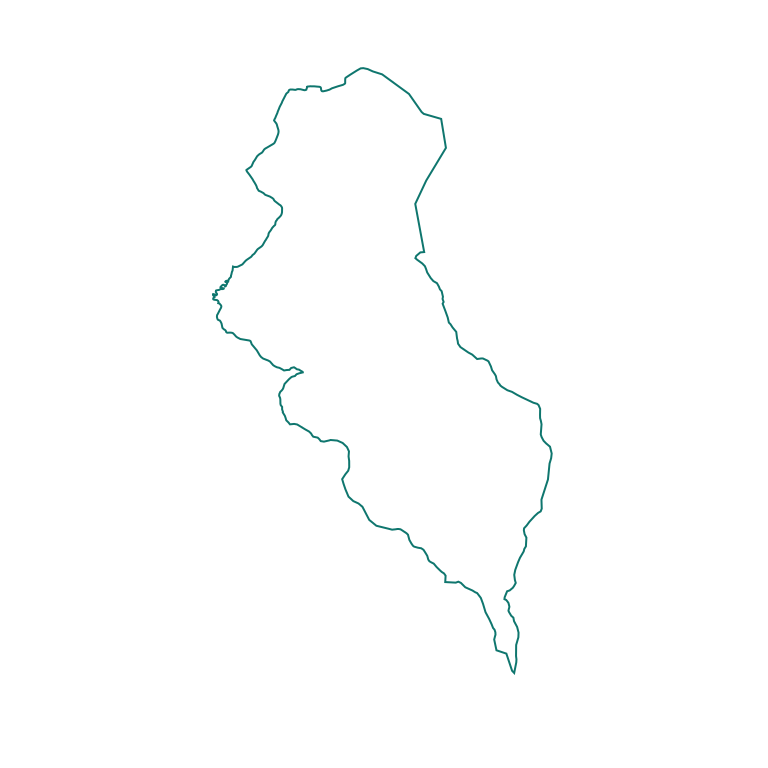 the district of Poienile Izei, Maramures, Romania, rotated 256°
{"feature_id": "2599482B51572516473215", "entity_name": "Poienile Izei", "entity_type": "district", "adm_level": 2, "iso_a3": "ROU", "parent_name": "Romania", "parent_adm1": "Maramures", "projection": "albers", "projection_center": [24.11, 47.7], "detail": "fine", "context": "isolated", "style": "outline", "palette": "teal", "viewbox_px": 768, "rotation_deg": 256, "n_neighbors": 0, "source": "geoboundaries", "source_scale": "gbopen_adm2", "svg_char_len": 6157}
<svg xmlns="http://www.w3.org/2000/svg" viewBox="0 0 768 768"><g transform="rotate(256 384 384)"><path d="M690.0,448.8L693.5,444.4L695.5,440.3L695.9,437.7L694.7,433.4L692.2,425.8L690.4,420.8L690.0,420.5L689.5,420.2L685.3,419.1L684.9,418.7L684.7,418.3L684.2,416.5L684.0,411.3L683.5,405.0L682.8,402.4L682.6,399.2L682.7,395.9L683.0,394.9L683.2,394.6L683.8,394.3L684.2,394.2L686.8,394.4L687.3,394.2L687.9,393.5L689.7,388.3L690.7,384.5L691.1,381.7L691.0,381.2L690.5,381.1L689.9,380.8L689.1,380.2L688.4,379.9L688.3,379.7L688.2,378.7L688.3,377.9L688.8,376.9L690.2,374.3L690.9,372.0L691.0,371.1L690.8,369.5L690.9,368.9L691.8,366.6L692.4,364.3L692.3,363.6L692.2,363.1L691.6,362.5L690.5,361.8L689.7,360.1L689.3,359.4L682.8,353.7L681.6,352.9L678.1,349.8L676.1,348.4L674.0,346.8L672.9,346.2L670.2,344.1L668.5,342.9L667.2,341.7L666.3,341.1L665.7,341.3L662.7,342.6L661.3,342.8L659.8,342.8L656.1,343.0L654.5,342.8L653.0,342.2L651.6,341.4L648.2,339.0L646.0,337.4L644.5,336.1L643.9,335.1L641.1,325.6L640.5,324.4L638.8,322.6L638.0,321.5L637.1,318.6L636.1,316.7L635.6,315.9L632.7,313.0L631.0,311.0L627.5,308.3L627.1,307.7L626.8,307.1L625.1,302.6L625.0,302.3L624.8,302.2L624.4,302.2L623.2,302.5L619.8,304.0L614.5,306.0L611.9,306.7L611.2,307.0L608.0,307.9L606.4,308.2L604.9,308.2L601.8,309.2L600.3,311.2L599.5,312.0L598.8,312.8L598.3,313.3L596.6,314.3L596.1,314.8L593.5,318.6L591.5,320.6L590.7,321.2L590.0,321.6L588.9,321.8L587.9,322.3L584.6,324.9L583.3,325.9L582.4,326.8L581.1,327.4L579.9,327.7L579.0,327.6L575.3,326.6L573.9,325.9L572.8,325.1L572.0,324.2L570.8,322.3L569.8,320.4L568.7,319.4L568.2,318.6L567.5,318.1L566.8,317.7L565.1,317.1L564.7,316.8L564.4,316.4L564.0,315.5L562.6,313.4L560.5,311.3L558.9,309.3L558.0,308.5L555.8,307.5L555.1,306.9L553.4,305.1L552.7,304.5L551.6,303.2L548.0,299.8L547.1,298.4L545.5,294.3L545.1,293.6L544.6,293.0L542.8,290.9L541.8,289.7L541.6,289.2L540.9,287.6L539.6,286.0L537.5,280.4L536.7,279.0L534.3,275.5L533.2,270.5L533.2,269.5L533.7,267.3L534.5,265.9L530.7,264.5L529.6,263.6L527.0,262.3L526.3,261.8L525.0,261.4L523.6,259.2L522.1,258.0L522.2,256.6L522.1,255.3L521.6,254.8L521.3,255.0L521.7,257.2L521.3,257.7L521.0,257.6L520.6,256.8L519.9,256.2L519.1,255.8L518.4,255.0L517.2,254.1L517.1,253.4L517.9,253.3L518.3,253.4L518.5,253.3L518.6,252.6L519.2,252.0L519.1,251.2L518.5,250.1L517.5,248.7L517.2,248.7L515.9,250.8L515.6,251.5L515.3,251.6L515.2,251.5L515.1,250.6L515.6,248.7L515.5,247.9L515.2,246.6L515.4,244.3L515.3,243.6L514.2,243.1L513.2,243.2L512.1,243.7L511.4,243.7L510.8,243.1L510.7,242.5L512.0,241.1L512.5,240.3L512.5,239.8L511.7,239.6L511.0,239.9L510.4,240.6L509.9,240.8L509.2,240.6L509.0,239.7L508.5,239.1L507.8,238.8L507.3,239.0L506.8,239.7L506.5,240.6L505.7,242.4L504.8,243.1L503.6,243.3L502.5,242.7L501.9,243.8L499.7,244.9L498.8,245.0L497.5,244.4L496.0,243.0L492.0,239.5L491.2,238.7L489.5,238.1L487.8,238.1L486.7,238.3L486.2,238.8L485.2,240.1L484.2,240.5L482.0,241.0L477.6,240.8L475.9,241.8L474.9,242.8L474.1,243.3L472.5,243.5L471.7,244.2L471.1,247.1L470.5,248.8L469.9,249.7L468.3,250.7L465.8,252.0L464.6,253.0L462.4,255.5L458.8,263.8L458.4,264.4L457.8,264.9L454.5,265.3L447.5,268.7L445.2,269.4L441.8,270.4L439.9,271.3L437.9,272.9L434.8,277.3L433.4,278.8L429.1,281.0L427.6,282.4L426.1,284.2L425.0,286.4L423.3,288.3L421.3,290.3L421.1,293.0L420.6,295.7L422.0,297.8L422.0,300.7L420.9,301.8L419.4,303.0L418.5,305.0L417.2,306.2L415.5,308.0L414.9,308.0L414.9,304.3L414.6,301.5L413.3,299.5L413.3,297.5L413.2,296.1L412.7,295.0L411.6,292.9L408.1,287.5L404.3,285.2L403.4,284.4L402.4,283.1L401.5,281.5L399.6,280.0L397.9,279.4L396.9,279.6L395.6,279.8L394.2,279.7L389.8,278.7L388.5,278.7L386.4,279.6L384.0,279.0L381.4,279.2L380.9,278.9L377.1,280.1L375.0,280.3L372.4,280.4L369.8,282.0L367.6,283.0L367.0,287.2L365.7,290.0L359.0,296.6L356.0,299.8L353.6,301.3L352.0,301.7L350.0,302.6L348.0,306.7L346.1,307.9L343.9,308.8L342.6,311.8L342.5,317.3L342.6,318.6L340.4,325.0L336.8,329.6L331.8,332.8L327.1,333.7L322.3,332.1L317.8,331.6L311.6,330.1L308.5,328.3L305.7,324.6L301.8,320.4L296.9,320.6L291.1,321.1L283.3,322.3L277.8,325.9L274.2,330.4L270.0,333.4L255.7,336.8L248.3,342.3L242.4,353.5L240.7,356.6L240.2,360.2L240.1,361.8L239.7,363.3L239.0,364.9L233.8,369.7L232.0,370.8L226.6,370.9L222.6,372.0L220.0,373.0L218.9,373.9L217.0,377.2L215.6,380.4L213.6,382.2L210.7,383.2L206.8,384.4L202.9,384.5L201.0,385.2L199.5,386.7L197.7,388.8L193.6,390.8L189.2,393.5L187.6,394.6L185.7,396.4L183.1,397.4L177.0,395.5L173.9,405.6L174.2,408.3L172.4,410.5L167.1,413.7L162.2,419.9L159.8,422.2L158.6,423.8L153.0,426.2L146.7,426.9L138.0,427.3L130.6,429.2L124.8,430.3L120.9,430.8L118.9,431.8L116.2,432.0L113.7,431.5L112.4,430.7L109.4,429.1L98.4,428.7L92.8,437.5L74.8,438.9L72.1,440.4L76.8,442.6L81.9,445.0L84.8,445.9L88.1,446.3L98.8,449.1L105.7,453.1L110.2,454.4L116.0,454.4L122.4,452.8L126.0,453.0L128.3,451.4L132.2,450.2L133.8,449.9L135.5,450.7L136.9,451.5L137.7,451.8L141.4,451.8L143.0,451.2L144.9,450.3L146.1,448.8L147.9,449.5L153.1,453.3L153.3,456.0L155.1,459.7L156.6,461.4L159.1,463.7L162.2,463.6L167.3,464.2L171.9,466.4L178.7,471.0L182.5,473.9L187.7,479.0L190.1,480.3L192.1,482.4L200.5,485.0L204.3,484.1L208.2,484.3L210.1,485.0L212.2,488.2L215.1,491.7L219.5,498.3L221.6,502.2L222.5,505.2L224.9,506.9L233.7,508.8L251.7,520.0L266.8,525.4L271.5,528.2L276.0,529.9L283.0,529.9L287.2,526.9L290.3,525.1L294.4,524.1L297.1,523.9L306.8,527.1L310.0,527.3L313.1,527.2L316.2,527.9L322.1,529.5L326.1,528.9L327.7,527.8L329.7,524.4L337.8,514.5L341.3,510.5L345.4,506.3L348.1,502.2L352.8,497.7L354.4,496.5L355.7,496.1L357.9,494.9L361.2,494.3L364.5,494.5L366.5,494.0L371.2,492.2L375.1,492.0L380.6,490.9L381.6,490.1L384.8,486.2L385.3,484.2L385.7,480.4L391.2,476.7L394.1,473.5L401.3,467.1L405.2,465.6L408.0,465.9L410.5,465.9L417.1,466.7L422.3,464.2L425.9,463.0L427.9,461.8L433.1,461.9L440.1,461.2L447.7,460.3L449.2,461.7L452.4,461.4L454.4,462.3L460.1,462.4L462.3,461.2L465.3,460.8L469.0,459.8L471.9,456.8L475.4,455.0L481.8,452.9L485.6,452.6L488.4,452.2L491.7,450.3L496.6,446.2L498.5,444.9L500.5,446.3L502.9,451.1L502.3,454.9L551.2,457.9L571.2,474.2L598.1,501.2L627.4,503.6L636.5,487.9L638.8,486.3L659.4,478.4L684.9,457.1L690.0,448.8Z" fill="none" stroke="#0f766e" stroke-width="2"/></g></svg>